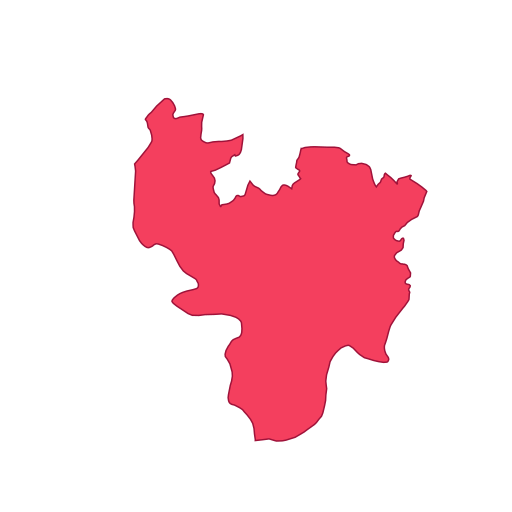 outline of Yen Dung, Bắc Giang, Vietnam, rotated 34°
{"feature_id": "81297802B99638089462809", "entity_name": "Yen Dung", "entity_type": "district", "adm_level": 2, "iso_a3": "VNM", "parent_name": "Vietnam", "parent_adm1": "Bắc Giang", "projection": "orthographic", "projection_center": [106.245, 21.205], "detail": "fine", "context": "isolated", "style": "filled", "palette": "rose", "viewbox_px": 512, "rotation_deg": 34, "n_neighbors": 0, "source": "geoboundaries", "source_scale": "gbopen_adm2", "svg_char_len": 6136}
<svg xmlns="http://www.w3.org/2000/svg" viewBox="0 0 512 512"><g transform="rotate(34 256 256)"><path d="M130.7,168.8L129.1,170.1L121.4,177.9L118.6,180.5L115.3,183.4L113.5,186.2L112.1,187.4L110.7,187.5L109.9,187.2L108.0,185.4L107.6,183.6L107.6,180.5L107.4,179.7L106.8,178.9L104.6,177.1L101.3,175.4L97.8,174.4L96.8,174.4L96.0,174.5L95.4,174.7L94.6,175.0L93.4,175.9L92.3,176.9L89.8,187.2L88.9,195.4L88.2,197.8L87.9,199.5L87.8,202.5L87.7,204.0L88.0,204.7L89.7,205.2L90.9,205.9L92.0,206.9L94.4,209.5L95.0,209.9L95.8,210.2L97.3,210.5L98.2,211.0L102.0,214.2L104.3,216.9L105.3,218.6L105.6,219.8L105.9,226.3L104.5,242.8L103.9,247.6L105.6,249.3L108.7,252.9L123.5,278.0L125.4,280.6L127.7,283.1L130.5,287.2L133.2,292.2L135.3,296.9L136.8,299.1L138.3,301.1L141.3,303.1L150.9,308.4L154.1,309.5L156.3,309.9L158.8,310.1L160.7,309.9L161.5,309.6L162.5,309.0L163.7,307.3L164.2,306.4L164.7,305.4L164.9,304.3L165.2,303.6L166.3,301.7L168.3,300.7L172.5,299.6L177.1,298.9L180.8,298.7L183.3,298.9L186.9,300.6L193.4,304.3L198.6,307.1L204.0,309.0L208.1,309.4L214.5,309.0L218.6,308.8L220.1,309.1L221.1,309.8L223.3,310.9L224.4,312.1L225.1,313.3L225.4,314.4L225.3,315.2L225.0,316.2L222.7,319.0L218.2,323.8L215.7,327.0L214.1,329.5L212.8,332.2L211.5,336.4L211.3,338.5L211.3,339.5L211.6,340.5L212.9,341.2L214.4,341.5L218.4,341.8L231.9,341.7L236.3,340.8L241.9,337.2L246.5,333.1L253.9,327.8L259.9,323.2L268.1,319.5L273.7,318.0L276.8,317.9L279.7,318.5L281.2,319.4L285.0,324.1L286.9,327.3L287.6,329.4L287.7,330.8L287.5,332.6L285.6,335.3L283.9,338.1L283.5,339.8L283.4,340.7L283.6,344.0L283.5,346.4L284.0,351.1L285.3,354.7L286.8,356.5L290.1,357.7L294.7,360.0L301.1,365.5L303.6,368.8L305.7,373.3L307.0,377.5L310.7,386.3L312.1,389.0L314.2,391.3L315.3,392.1L316.2,392.5L317.3,392.7L319.0,392.5L321.5,391.6L327.3,390.9L330.8,390.9L333.7,391.8L337.5,392.7L342.6,394.4L346.9,396.6L350.8,400.1L354.2,404.3L358.1,408.6L358.6,409.4L364.1,404.7L369.1,400.3L375.2,398.4L376.5,397.9L380.9,394.7L381.7,394.0L383.8,391.9L389.8,384.4L394.3,375.0L395.3,372.0L398.7,362.8L399.2,360.3L399.4,356.4L399.9,352.2L399.1,348.6L396.6,341.9L394.5,336.9L391.6,332.1L388.8,326.5L386.3,323.7L383.8,320.7L380.9,315.0L378.5,307.4L376.5,302.2L376.0,296.3L376.2,291.9L376.9,288.4L377.9,284.6L380.4,280.5L382.3,278.5L383.2,278.1L384.4,278.0L388.1,278.0L394.0,279.3L397.0,279.7L400.2,279.7L402.7,279.7L406.3,278.5L412.0,276.8L416.7,275.0L421.3,272.8L423.8,270.8L424.2,270.2L424.3,269.5L424.0,267.8L423.7,267.3L423.0,266.6L422.3,266.1L418.5,264.6L415.9,262.7L414.2,260.9L413.3,259.7L412.5,258.2L411.8,255.4L410.6,251.3L408.1,244.2L406.9,240.2L406.6,239.0L406.4,237.5L406.1,228.5L406.9,217.1L407.2,214.6L407.3,208.9L407.2,207.1L407.1,206.5L406.6,205.6L404.2,201.6L404.0,200.6L403.6,200.0L401.8,199.0L401.4,198.6L401.0,197.6L401.0,195.6L400.5,194.4L399.3,194.1L398.6,194.2L396.5,195.1L395.6,195.1L394.8,194.9L394.3,194.3L394.0,193.8L393.6,191.7L394.6,188.9L395.3,187.5L395.3,186.6L393.6,183.6L389.5,181.5L387.9,180.4L386.7,179.5L385.2,179.4L383.7,179.8L382.8,180.4L382.0,180.6L380.9,181.3L379.4,181.7L377.6,181.4L375.6,181.4L374.7,181.3L373.3,180.8L371.7,180.0L370.8,178.8L370.6,178.2L370.7,176.3L370.8,174.7L373.1,170.0L373.2,168.9L373.2,166.8L371.2,163.4L369.9,160.2L368.4,158.9L368.2,158.9L367.9,159.0L367.5,159.4L367.2,160.1L367.1,160.6L367.1,162.0L366.9,163.1L366.6,163.6L365.6,164.1L363.8,164.7L362.8,164.8L362.3,164.8L360.1,164.4L359.5,163.8L358.5,162.3L358.3,161.4L358.3,160.5L358.2,159.7L358.2,158.6L358.3,157.8L358.6,157.1L359.1,156.7L359.5,156.6L360.1,156.1L360.5,155.3L360.4,152.8L360.7,151.1L360.9,150.2L362.3,147.7L362.7,143.6L364.5,138.7L367.6,133.2L367.7,132.6L367.6,131.3L366.1,127.3L365.4,123.3L364.2,116.9L362.9,113.8L361.5,107.0L360.2,106.6L355.2,106.1L349.1,105.9L341.2,106.2L340.4,106.1L339.9,105.0L339.8,104.3L339.8,103.2L339.6,102.6L339.1,102.7L338.5,103.1L337.3,104.9L335.2,107.5L332.4,110.6L331.2,112.2L331.2,113.1L331.4,115.5L332.8,117.0L332.7,117.4L331.6,117.2L327.8,116.3L323.8,115.6L319.6,115.3L317.0,115.0L316.8,115.5L316.9,116.8L317.6,118.2L317.9,119.3L317.1,122.0L317.9,125.4L317.2,128.2L317.1,131.4L315.8,130.9L314.5,130.3L312.2,128.8L309.7,127.0L302.8,120.2L300.7,118.9L299.7,118.6L296.5,118.5L295.7,118.7L291.8,120.1L289.3,122.2L288.0,124.5L284.1,126.8L283.1,127.2L281.7,127.4L279.9,127.4L279.2,127.2L278.7,126.9L277.7,125.6L276.1,124.0L276.0,123.5L276.1,122.6L277.1,121.4L277.3,120.7L277.3,120.4L276.8,119.8L275.2,119.7L270.8,120.0L265.7,119.7L264.1,120.0L260.3,121.9L255.0,125.5L243.5,132.7L240.3,135.0L236.0,138.6L233.7,141.6L233.4,141.6L233.9,143.2L235.1,146.1L236.4,149.9L236.5,151.3L236.4,153.5L236.6,154.3L237.4,155.8L238.1,157.6L239.3,160.3L239.7,160.6L242.4,160.7L243.4,160.6L244.2,160.7L244.5,160.9L244.7,161.1L244.8,161.6L244.8,164.1L245.0,164.8L245.9,165.4L247.6,166.0L248.6,166.6L249.8,166.9L249.8,167.3L249.5,168.2L247.1,173.8L246.6,175.7L246.7,177.3L248.0,180.3L243.3,180.3L241.5,180.6L239.9,181.2L238.8,182.0L238.4,182.8L238.1,184.8L238.5,187.7L238.5,190.5L238.6,191.7L238.6,192.4L238.2,194.0L237.6,194.9L236.3,196.3L235.6,196.8L233.9,197.6L230.6,198.8L229.1,199.2L226.4,199.1L223.7,198.9L221.7,198.4L220.2,198.3L215.9,199.0L213.8,198.8L209.1,197.3L209.7,201.9L212.6,211.1L212.6,212.1L212.3,213.0L210.3,215.1L209.6,215.6L209.3,215.6L207.7,215.7L207.2,215.9L206.4,216.6L206.1,217.3L206.1,218.4L206.3,219.6L206.2,222.1L206.0,223.0L205.6,224.1L204.3,227.3L202.6,229.4L199.1,232.6L199.1,234.7L198.8,234.8L196.3,233.4L194.1,230.2L192.2,228.6L188.4,227.5L187.3,227.3L185.8,226.7L185.0,226.0L182.9,224.1L182.1,223.2L181.6,222.5L181.4,221.3L181.2,219.2L180.0,216.6L178.0,214.7L175.7,213.8L172.8,212.8L172.0,212.3L171.3,211.5L171.3,211.1L174.2,207.7L177.5,202.1L179.9,197.7L182.0,193.7L180.4,189.1L180.3,188.2L180.4,187.1L181.8,183.9L182.8,184.6L183.1,184.6L184.5,182.8L185.0,181.8L185.2,181.1L185.2,179.0L185.1,178.5L184.4,176.0L179.5,166.0L177.2,162.7L176.2,164.8L170.8,173.8L167.6,176.9L163.7,180.1L161.0,181.9L156.5,185.5L153.0,189.2L151.3,190.1L148.5,190.5L146.5,190.5L145.4,190.2L144.0,189.0L142.2,185.6L140.8,182.5L139.8,180.8L138.4,178.9L136.2,175.5L133.4,168.3L132.5,168.0L131.6,168.3L130.7,168.8Z" fill="#f43f5e" stroke="#9f1239" stroke-width="1.5"/></g></svg>